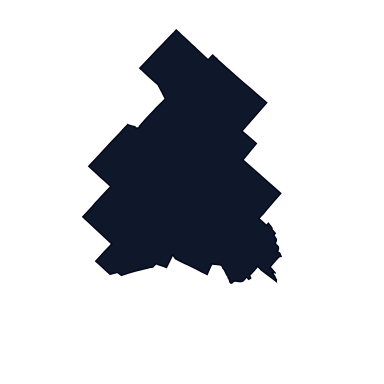 Gogosari, Giurgiu, Romania, rotated 43°
{"feature_id": "2599482B84507417435339", "entity_name": "Gogosari", "entity_type": "district", "adm_level": 2, "iso_a3": "ROU", "parent_name": "Romania", "parent_adm1": "Giurgiu", "projection": "equal_earth", "projection_center": [25.692, 43.875], "detail": "fine", "context": "isolated", "style": "filled", "palette": "ink", "viewbox_px": 384, "rotation_deg": 43, "n_neighbors": 0, "source": "geoboundaries", "source_scale": "gbopen_adm2", "svg_char_len": 5593}
<svg xmlns="http://www.w3.org/2000/svg" viewBox="0 0 384 384"><g transform="rotate(43 192 192)"><path d="M199.5,297.0L201.1,294.0L202.3,292.0L203.0,290.9L204.2,288.9L204.3,288.8L204.4,288.5L204.9,287.8L206.3,285.6L206.8,284.9L206.9,284.7L208.0,283.1L208.8,281.7L209.4,280.8L209.6,280.6L209.7,280.3L210.2,279.7L210.5,279.2L211.5,277.7L212.1,276.6L212.4,276.0L212.7,275.8L213.4,275.0L214.0,274.4L214.4,273.8L214.5,273.6L214.5,273.4L214.5,272.4L214.5,271.1L214.6,270.1L214.6,269.4L214.6,269.1L214.7,268.9L215.0,268.8L215.5,268.6L217.1,268.0L220.7,266.3L222.5,265.5L224.6,264.7L224.8,264.6L224.3,263.2L222.1,255.7L221.1,252.7L220.9,252.0L220.7,251.0L225.1,252.0L225.5,252.0L225.8,252.0L227.0,251.6L231.1,250.5L234.4,249.5L238.0,248.3L238.8,248.0L239.5,247.8L244.9,246.1L251.6,244.2L251.8,244.2L253.4,243.8L256.5,242.8L259.3,242.0L258.3,239.3L256.0,232.8L256.0,232.7L255.8,232.8L255.7,232.6L255.5,231.9L255.4,231.1L255.7,231.0L256.0,230.8L256.9,230.1L257.6,229.7L257.8,229.6L258.3,229.0L259.0,228.5L260.2,227.6L261.1,226.9L261.4,226.8L261.6,226.7L261.8,226.2L263.0,225.7L263.3,225.7L263.8,225.7L264.3,225.7L264.7,225.8L265.1,225.9L265.8,226.2L266.4,226.5L266.6,226.6L267.2,226.7L267.6,226.7L268.8,226.9L269.1,227.0L269.7,227.2L269.9,227.3L270.0,227.4L270.7,227.6L271.8,228.1L272.8,228.4L274.0,228.9L274.5,229.0L275.3,229.1L275.7,229.2L276.3,229.4L276.4,229.5L276.8,229.9L277.2,230.1L277.4,230.2L278.0,230.4L278.5,230.3L278.7,230.2L278.9,230.5L279.4,230.8L279.8,231.1L280.7,231.7L281.3,232.0L281.8,232.1L282.2,232.1L282.5,232.0L283.0,231.7L283.3,230.9L283.3,230.3L283.2,229.4L283.3,229.4L283.3,229.1L283.4,228.7L284.1,227.9L284.9,227.2L285.1,227.0L286.5,226.1L286.9,225.7L288.0,225.0L288.5,224.5L289.1,223.9L289.5,223.2L289.7,222.8L289.9,222.4L290.0,222.0L290.0,221.7L289.9,221.5L290.0,220.8L290.0,220.4L290.0,219.9L289.9,218.9L289.9,218.6L289.8,218.1L289.8,217.8L289.8,217.6L289.9,217.4L290.0,217.3L290.1,217.2L290.3,217.1L290.7,217.0L291.2,216.9L293.0,217.2L293.6,215.3L293.7,215.1L293.6,214.9L293.0,214.6L292.1,214.4L291.5,214.2L291.4,214.1L291.1,213.7L291.0,213.1L291.0,212.1L291.0,207.7L290.8,203.4L290.6,201.5L294.7,201.7L295.7,201.8L296.7,201.7L303.0,201.1L305.4,200.8L312.1,200.1L314.6,199.9L313.8,199.1L313.7,198.9L313.7,198.7L313.4,198.6L312.8,198.5L312.0,198.2L311.3,197.9L310.8,197.6L309.7,197.2L309.3,197.1L308.8,197.1L308.4,197.0L307.4,196.7L307.0,196.6L306.3,196.5L305.7,196.5L305.6,196.4L305.5,196.1L305.6,195.9L306.8,195.1L307.8,194.5L307.6,194.4L306.7,194.4L305.7,194.2L305.0,194.2L303.8,194.0L301.5,193.8L301.1,193.7L300.5,193.7L300.4,193.7L300.1,193.1L300.1,192.1L300.1,191.9L299.9,188.5L299.9,186.1L299.8,183.8L299.8,182.6L299.8,181.2L299.9,179.8L301.0,178.3L300.4,178.0L299.8,177.8L298.2,177.0L297.9,177.0L296.6,177.1L295.6,177.2L295.1,177.2L294.6,177.0L294.5,176.9L294.6,175.7L293.6,174.2L293.3,173.9L292.8,173.5L292.6,173.4L292.2,173.2L290.9,173.1L290.4,173.1L290.1,173.2L289.8,173.3L289.7,173.3L289.3,173.3L289.0,173.2L286.7,171.3L286.6,171.2L286.8,170.8L287.0,170.7L286.8,170.4L286.7,170.3L286.8,170.2L286.6,169.7L286.3,169.5L286.1,169.2L285.5,168.9L285.2,168.8L283.8,168.5L283.2,168.4L282.9,168.3L282.4,168.2L281.3,168.0L281.3,167.3L281.2,166.4L281.0,165.4L280.6,165.4L280.2,165.4L279.8,165.4L279.4,165.3L279.0,165.2L278.2,165.1L277.5,165.1L276.7,165.0L276.1,164.8L275.8,164.6L275.5,164.3L275.4,164.1L274.9,163.9L274.5,163.7L273.6,163.5L269.2,162.8L269.2,163.7L269.2,164.1L269.2,164.6L269.4,165.9L268.3,165.8L266.9,165.7L259.0,165.9L258.8,161.6L258.9,160.6L258.9,158.8L258.6,154.6L258.5,152.1L258.4,149.1L258.1,143.1L257.8,132.5L245.3,132.8L243.1,132.9L231.3,133.2L207.3,133.9L207.0,128.6L206.4,120.6L206.4,120.0L206.0,112.8L206.0,112.7L203.5,112.7L186.9,113.4L186.7,108.1L185.7,75.8L182.1,75.9L175.2,76.2L170.5,76.4L163.3,76.6L155.7,77.0L143.8,77.4L141.5,77.4L138.8,77.5L136.1,77.5L132.5,77.7L129.7,77.7L123.0,77.8L121.7,77.9L120.3,77.9L119.1,77.6L119.1,77.8L118.2,77.8L113.7,77.8L113.7,79.5L113.7,84.4L110.7,84.4L106.7,84.4L99.3,84.4L98.1,84.4L96.0,84.3L92.3,84.3L92.2,84.4L90.8,84.4L83.4,84.3L81.1,84.3L79.8,84.3L79.5,84.4L76.9,84.4L74.5,84.3L72.7,84.3L70.0,84.3L70.0,85.0L70.1,87.5L70.2,87.8L70.0,88.9L69.8,100.0L69.8,104.3L69.6,111.0L69.6,112.4L69.6,119.7L69.6,121.0L69.5,128.1L69.5,129.8L69.4,135.9L69.4,136.5L69.4,137.0L71.1,137.1L71.5,137.0L71.6,136.9L74.6,137.0L78.3,137.0L80.9,137.0L86.1,136.9L94.1,136.7L94.9,137.0L96.3,137.5L101.3,139.2L103.8,140.1L105.3,140.7L109.2,142.1L109.0,143.7L108.9,146.5L108.6,153.5L108.5,156.4L108.6,156.6L108.6,156.9L108.7,157.0L108.6,157.7L108.6,160.3L108.5,163.5L108.5,165.3L108.5,171.9L108.6,172.8L108.6,174.1L108.7,177.8L108.8,179.5L109.0,179.4L109.5,179.6L109.6,179.9L109.6,180.0L109.2,181.5L107.7,183.5L107.4,183.4L107.2,183.4L106.7,183.3L106.0,183.3L105.3,183.5L104.9,183.6L104.6,183.8L104.3,184.0L104.2,184.2L103.9,184.4L101.5,185.5L100.8,185.9L100.3,186.2L99.0,186.5L99.1,187.4L99.0,190.8L99.0,191.9L99.0,192.2L99.0,193.7L99.1,198.2L99.0,205.2L98.9,211.5L99.0,227.4L99.1,229.2L99.0,229.7L99.0,233.8L99.0,236.6L98.9,242.0L99.0,243.4L99.0,243.6L108.3,243.5L114.3,243.5L116.4,243.5L120.8,243.3L122.8,243.3L124.3,243.3L128.9,243.3L128.8,249.1L128.8,250.6L128.8,251.4L128.8,255.9L128.9,263.2L128.8,263.9L128.8,264.9L128.9,268.3L129.0,268.5L129.0,269.9L129.1,271.2L129.1,274.3L129.1,279.8L129.1,281.3L129.1,284.6L148.2,284.6L156.6,284.6L160.7,284.6L164.8,284.6L168.7,284.6L168.8,286.7L168.8,288.3L168.7,294.4L168.7,298.8L168.8,299.9L168.8,308.2L170.0,308.2L174.6,308.1L181.9,308.1L188.2,308.0L191.6,302.6L192.3,301.6L196.1,301.2L197.1,301.1L197.3,300.9L199.5,297.0Z" fill="#0f172a" stroke="#020617" stroke-width="1.5"/></g></svg>